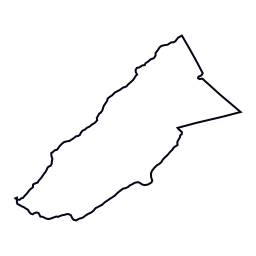 the district of Cambuci, Rio de Janeiro, Brazil
{"feature_id": "56859067B47636510010645", "entity_name": "Cambuci", "entity_type": "district", "adm_level": 2, "iso_a3": "BRA", "parent_name": "Brazil", "parent_adm1": "Rio de Janeiro", "projection": "albers", "projection_center": [-41.95, -21.483], "detail": "fine", "context": "isolated", "style": "outline", "palette": "ink", "viewbox_px": 256, "rotation_deg": 0, "n_neighbors": 0, "source": "geoboundaries", "source_scale": "gbopen_adm2", "svg_char_len": 2712}
<svg xmlns="http://www.w3.org/2000/svg" viewBox="0 0 256 256"><path d="M49.1,219.0L51.1,218.4L53.8,217.4L56.3,216.5L57.9,216.9L60.2,215.9L62.8,215.1L64.6,214.8L66.8,214.1L68.6,214.1L70.9,215.3L72.1,217.9L73.6,219.8L76.0,220.4L77.9,219.4L79.4,218.6L81.5,218.1L83.6,217.1L85.4,215.6L88.3,213.8L91.2,212.5L93.5,210.7L94.6,209.3L95.8,208.0L98.7,206.6L100.9,205.4L102.4,204.6L103.8,203.1L105.3,201.9L106.8,201.0L109.6,199.0L111.2,198.0L112.6,197.1L114.8,195.6L117.1,193.3L118.8,191.8L120.7,190.4L122.9,188.7L125.7,188.1L128.2,186.9L129.6,185.5L131.9,184.4L135.0,182.7L137.6,182.2L139.4,182.6L141.9,184.3L144.1,185.1L146.0,184.9L148.1,184.5L149.9,183.4L151.4,182.5L152.3,180.7L151.6,178.7L151.1,176.8L150.9,173.5L151.9,171.1L153.0,169.6L154.3,167.8L155.7,166.5L157.1,165.1L159.1,164.0L161.1,162.4L162.5,160.1L163.8,158.5L165.2,157.1L166.8,155.8L168.5,153.9L169.9,152.1L172.1,150.0L173.8,147.5L175.5,146.3L177.5,145.1L177.3,142.1L178.4,139.8L179.8,137.6L180.2,135.4L181.8,134.1L181.9,132.1L180.3,130.6L178.7,129.3L177.6,127.9L195.8,123.0L222.6,116.7L240.6,112.0L219.8,94.4L202.3,78.6L199.7,79.1L198.1,78.3L198.5,76.7L200.2,76.0L201.6,75.1L202.7,73.2L197.4,63.0L194.1,57.0L191.1,51.6L188.1,46.3L181.9,35.6L180.1,36.6L178.0,37.7L176.7,39.5L175.5,41.1L173.8,42.2L171.2,42.4L169.5,43.5L167.6,44.7L165.9,45.0L164.2,45.2L162.6,45.6L160.6,46.4L159.1,48.0L158.1,49.8L156.7,51.6L155.6,53.0L155.6,55.3L154.7,57.1L153.6,58.3L151.4,59.0L149.8,60.0L148.0,61.7L145.6,63.1L144.6,65.2L142.7,65.3L140.6,66.5L139.2,67.5L136.8,67.9L135.6,70.0L135.8,72.2L137.1,74.6L135.5,76.2L134.2,78.4L133.0,80.1L130.9,82.0L129.2,83.5L127.8,84.7L126.7,86.2L125.0,87.1L123.4,87.4L121.6,88.6L120.1,89.8L118.2,90.8L116.7,91.6L115.1,92.3L113.6,93.8L112.2,95.3L109.9,96.8L107.8,98.4L107.0,101.0L105.4,103.5L103.7,106.0L103.0,108.4L102.2,110.7L100.6,112.8L99.1,113.7L98.0,115.9L96.8,118.0L97.2,120.2L96.0,121.6L94.7,123.0L92.1,124.4L89.5,126.6L86.7,127.9L85.1,129.5L82.5,130.7L80.7,133.0L79.9,134.9L78.3,135.9L75.8,136.4L73.8,138.1L71.8,139.4L69.7,140.8L66.2,141.5L63.7,142.3L61.6,144.1L59.5,146.3L57.9,148.6L56.8,149.9L55.1,150.1L53.3,151.6L51.3,153.0L51.3,155.1L51.7,157.0L52.4,158.8L51.9,161.3L51.7,163.7L50.7,165.7L48.9,166.5L47.6,167.6L46.6,169.9L45.5,171.9L43.8,174.1L42.3,176.3L40.8,178.4L39.1,180.2L37.6,182.6L35.3,183.3L33.1,184.5L32.9,187.3L30.3,189.3L28.7,191.1L27.4,192.9L25.9,194.6L24.3,196.2L23.1,197.8L21.2,198.4L19.6,199.8L16.9,199.6L16.9,201.9L17.4,204.0L19.7,205.1L21.6,206.3L23.8,207.1L26.0,208.7L27.8,209.6L29.1,211.8L30.7,213.6L32.6,214.3L34.5,213.1L36.6,212.5L38.5,213.0L39.6,215.0L40.4,216.6L42.7,216.8L45.3,218.2L47.4,218.9L49.1,219.0ZM16.9,199.6L16.9,197.7L15.4,198.3L16.9,199.6Z" fill="none" stroke="#020617" stroke-width="2"/></svg>